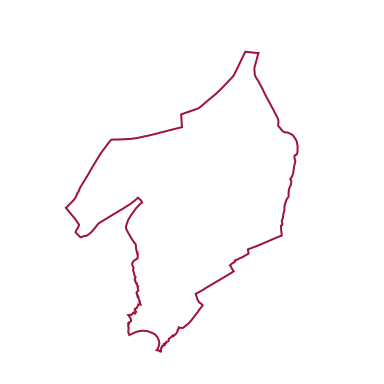 the district of Bang Bua Thong, Nonthaburi, Thailand, rotated 46°
{"feature_id": "78962969B62915491742663", "entity_name": "Bang Bua Thong", "entity_type": "district", "adm_level": 2, "iso_a3": "THA", "parent_name": "Thailand", "parent_adm1": "Nonthaburi", "projection": "equal_earth", "projection_center": [100.421, 13.932], "detail": "fine", "context": "isolated", "style": "outline", "palette": "rose", "viewbox_px": 384, "rotation_deg": 46, "n_neighbors": 0, "source": "geoboundaries", "source_scale": "gbopen_adm2", "svg_char_len": 5924}
<svg xmlns="http://www.w3.org/2000/svg" viewBox="0 0 384 384"><g transform="rotate(46 192 192)"><path d="M283.9,281.7L283.6,280.1L283.2,276.9L283.0,276.0L282.3,270.8L282.1,269.9L281.8,268.9L281.6,268.0L281.5,266.9L281.2,264.8L281.1,263.6L281.1,263.2L280.4,263.0L279.3,263.0L277.6,263.2L276.3,263.5L275.5,263.4L274.3,262.9L273.3,262.8L272.9,262.6L268.6,260.5L267.9,260.1L268.2,258.7L269.1,255.8L270.1,251.8L270.3,250.9L270.3,250.3L272.9,239.2L275.2,229.8L276.9,222.4L277.5,219.6L278.0,217.1L276.1,216.8L271.7,215.6L271.1,215.6L271.1,214.0L272.0,209.4L271.9,209.2L271.2,209.0L271.4,207.2L271.8,206.9L272.0,206.7L272.5,205.0L272.8,203.7L273.8,201.4L275.6,194.1L272.5,191.9L272.1,191.7L275.9,182.8L276.8,180.6L278.3,176.7L282.6,165.3L284.1,161.3L284.9,159.4L285.7,157.8L285.2,157.3L281.3,154.3L278.0,151.3L278.0,151.1L278.3,150.3L278.4,150.0L278.3,149.8L278.2,149.6L277.9,149.3L277.4,148.9L275.9,148.1L275.1,147.3L274.7,146.7L274.1,145.3L273.7,144.5L272.7,143.2L271.6,142.0L271.1,141.3L270.8,140.8L270.2,139.5L269.4,138.3L268.8,137.5L267.6,136.6L267.1,135.9L266.0,134.6L265.7,134.3L265.1,133.1L264.4,131.5L263.8,130.6L263.2,129.4L263.0,128.8L262.5,126.1L262.3,125.7L262.1,125.3L260.8,124.2L259.8,123.2L258.5,121.7L257.5,120.5L257.0,119.6L256.5,118.5L255.9,116.9L255.7,116.3L255.3,115.7L254.4,114.4L252.9,112.8L252.6,112.7L251.3,112.6L250.9,112.4L250.7,111.9L250.8,111.1L250.7,110.7L250.2,109.1L249.9,108.3L249.2,107.1L248.9,106.4L248.4,105.6L247.4,104.4L244.1,100.2L242.0,96.6L241.5,96.2L238.9,94.8L238.1,94.1L237.7,93.7L237.3,93.0L237.0,92.4L237.1,92.1L237.7,91.3L237.7,90.9L237.4,89.8L236.9,88.9L235.2,86.9L233.4,85.3L232.7,84.4L229.8,82.5L228.5,81.6L226.8,81.0L224.0,80.4L222.5,80.2L220.7,80.1L219.1,80.6L216.3,81.6L215.4,82.1L213.6,83.7L212.6,84.2L211.6,84.5L211.0,84.6L210.1,84.5L208.2,84.3L206.9,84.1L206.1,84.2L204.4,84.1L204.1,83.9L203.2,83.1L202.9,82.6L202.6,82.1L202.1,81.7L201.8,81.3L200.9,80.5L199.6,79.6L198.2,79.0L197.3,78.7L196.1,78.4L191.0,76.9L189.9,76.5L189.4,76.3L188.0,76.0L180.0,73.7L177.2,73.0L170.0,70.8L167.9,70.0L161.9,68.3L160.3,67.8L157.7,67.1L155.9,66.9L154.4,66.5L152.4,65.9L151.4,65.4L150.2,64.5L147.0,61.8L146.3,61.1L145.8,60.5L143.8,57.1L140.7,51.9L139.4,49.8L138.2,47.6L137.6,48.3L136.7,49.1L129.6,55.0L128.1,56.2L131.5,65.4L134.6,73.8L135.1,75.2L135.8,77.3L136.8,79.9L137.0,80.7L137.3,82.4L137.5,85.3L137.5,87.2L137.7,89.8L138.1,101.2L138.0,105.4L138.0,107.0L137.0,119.8L136.8,124.5L136.4,129.0L128.6,145.9L138.4,154.2L131.6,165.9L128.9,170.8L127.4,173.3L124.2,179.0L121.3,184.0L119.8,186.4L119.0,187.5L116.0,192.5L114.6,194.6L111.7,198.6L109.7,201.0L105.0,206.3L102.7,208.9L102.3,209.5L101.3,210.3L98.3,213.7L98.4,215.3L99.0,220.1L99.6,223.1L100.4,228.7L101.6,233.9L104.7,245.7L107.5,255.4L111.2,269.7L111.4,270.1L111.7,270.7L112.9,273.5L113.0,274.7L114.2,277.5L115.2,279.9L115.3,280.6L115.6,282.5L115.7,285.0L115.8,291.3L115.8,293.7L130.4,294.8L136.7,295.9L137.3,296.2L137.7,297.0L138.0,297.8L139.4,302.3L139.8,303.4L140.0,303.7L140.3,303.8L147.1,303.7L147.3,303.5L147.4,303.3L148.8,300.1L150.1,298.5L150.2,298.3L150.7,295.6L150.9,293.2L150.9,291.4L150.7,288.6L149.9,282.9L149.8,281.5L149.9,280.0L155.0,257.3L156.0,253.4L157.1,247.8L157.9,244.5L158.0,241.6L158.3,240.5L158.6,234.8L160.1,234.7L162.8,234.5L164.9,235.2L164.6,237.5L164.8,243.2L166.5,252.6L167.6,256.7L168.1,258.1L170.6,262.8L170.9,263.4L172.2,264.6L172.8,264.9L174.7,265.6L182.5,267.6L188.0,268.7L190.0,268.6L192.1,270.0L193.2,271.0L195.6,272.7L197.3,273.5L197.4,273.1L198.9,274.1L198.8,274.6L199.8,274.9L201.3,276.7L202.0,277.4L201.1,281.2L201.5,284.0L201.8,284.6L202.2,285.1L203.1,285.8L204.1,286.1L205.3,286.3L205.7,286.5L207.2,288.6L207.8,289.0L209.1,289.5L211.4,290.9L212.2,291.3L212.8,291.5L214.1,291.7L214.2,291.8L214.4,293.4L216.0,294.1L215.9,294.4L217.4,295.1L218.7,295.6L219.0,295.0L221.3,296.4L222.6,296.3L222.7,297.3L225.7,299.1L225.6,299.3L225.5,300.6L225.7,301.0L225.8,301.8L227.2,302.6L227.3,302.4L229.6,303.9L229.8,303.3L231.7,304.5L234.1,305.5L234.8,305.7L234.7,306.3L237.3,307.2L235.6,308.7L237.1,312.3L236.5,313.4L236.5,313.7L236.6,314.7L236.8,315.0L238.1,315.0L238.2,315.6L239.5,315.6L239.8,317.7L237.9,318.0L238.3,320.1L238.2,321.3L237.5,321.6L237.3,321.8L237.0,322.6L236.3,323.4L239.1,323.7L240.3,324.1L241.2,324.6L241.9,324.8L242.1,324.9L242.5,325.6L242.6,326.0L242.1,328.0L242.5,328.3L242.1,329.2L242.6,329.4L243.3,329.5L243.4,330.3L243.5,330.5L243.8,330.7L244.3,330.9L244.7,331.4L245.0,331.7L245.7,331.8L246.0,332.4L246.7,333.0L247.0,333.7L248.0,334.4L248.7,335.3L249.1,335.6L250.0,335.8L250.9,336.1L251.3,336.4L251.9,335.1L252.1,334.6L252.2,334.0L253.5,330.2L254.0,329.2L255.0,327.3L256.6,325.1L257.7,323.7L258.5,323.0L260.2,321.4L261.3,320.7L262.3,320.1L263.9,319.4L266.0,318.4L267.7,317.8L268.3,317.6L269.3,317.6L271.0,317.6L272.1,317.7L273.3,318.0L275.1,318.7L276.9,319.6L278.0,320.5L279.1,321.9L280.0,323.4L280.6,324.8L281.1,326.3L281.3,327.3L281.8,326.9L282.8,326.1L284.7,325.7L285.1,325.5L285.2,325.3L285.2,325.2L284.9,324.7L284.5,324.4L283.9,324.2L283.7,324.1L283.4,323.0L283.1,322.7L282.7,322.4L282.6,322.2L282.7,321.4L282.7,321.1L282.1,320.7L281.9,320.4L281.9,320.2L282.1,319.9L283.0,318.6L283.1,318.3L283.1,318.2L282.0,317.9L281.8,317.8L281.7,317.7L281.8,317.3L282.3,317.0L282.5,316.7L282.7,316.1L282.8,315.9L282.7,315.7L282.2,315.6L282.1,315.4L282.0,315.0L282.2,314.4L282.2,314.0L282.6,313.5L282.9,312.9L283.0,312.6L282.9,312.3L282.8,312.1L281.7,310.9L281.5,310.6L281.8,309.3L281.8,308.4L282.0,306.8L282.0,306.5L281.7,305.9L281.7,305.5L281.8,305.3L282.0,305.2L282.2,305.3L282.7,305.7L282.8,305.7L282.9,305.4L282.8,304.8L282.8,304.3L282.9,302.5L282.6,300.2L282.1,299.4L281.9,298.7L281.3,298.4L281.2,298.3L281.3,297.2L281.2,296.6L280.5,296.3L280.3,295.5L280.7,295.5L281.0,295.1L281.9,294.6L282.3,294.1L283.2,293.3L283.3,293.1L283.4,292.6L283.7,292.0L283.6,291.2L283.8,290.1L283.8,288.3L284.2,286.7L284.2,286.3L283.9,282.2L283.9,281.7Z" fill="none" stroke="#9f1239" stroke-width="2"/></g></svg>